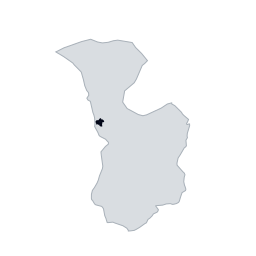 Rundāles pag., Rundales, Latvia shown in context, rotated 69°
{"feature_id": "27541924B12061124033846", "entity_name": "Rundāles pag.", "entity_type": "district", "adm_level": 2, "iso_a3": "LVA", "parent_name": "Latvia", "parent_adm1": "Rundales", "projection": "mercator", "projection_center": [24.042, 56.399], "detail": "fine", "context": "in_parent", "style": "filled", "palette": "ink", "viewbox_px": 256, "rotation_deg": 69, "n_neighbors": 0, "source": "geoboundaries", "source_scale": "gbopen_adm2", "svg_char_len": 3375}
<svg xmlns="http://www.w3.org/2000/svg" viewBox="0 0 256 256"><g transform="rotate(69 128 128)"><path d="M182.0,187.6L180.6,187.4L176.8,185.9L173.5,183.6L171.6,180.7L168.2,176.5L166.0,174.4L162.5,171.8L156.7,166.4L154.6,165.2L144.3,162.8L140.6,161.8L137.1,155.6L136.0,152.1L134.3,151.4L132.5,152.2L130.5,152.9L125.8,157.1L124.3,157.7L121.5,157.7L114.7,158.6L111.7,157.1L106.4,155.5L103.5,155.2L100.9,155.2L89.6,153.6L87.5,155.4L85.4,155.7L83.4,152.9L80.9,152.2L78.1,153.1L73.0,153.2L67.0,152.3L59.3,151.6L58.2,151.9L49.7,155.6L47.6,156.2L38.4,162.4L31.1,168.1L30.2,158.9L30.7,140.3L31.8,131.0L36.8,125.6L39.4,121.4L40.9,115.7L41.3,110.4L42.3,106.1L49.7,93.5L55.5,92.1L63.3,88.6L72.1,85.7L73.8,89.4L74.7,92.3L85.3,102.6L88.0,106.0L92.1,117.8L101.9,123.7L109.6,121.8L112.9,118.9L119.1,113.6L121.9,109.7L122.4,105.9L121.3,89.7L119.7,82.7L120.2,78.2L121.3,78.5L123.9,76.3L132.6,72.4L134.3,72.2L136.2,71.4L141.7,68.4L143.4,70.0L144.9,71.8L145.7,71.8L146.1,71.1L146.0,70.0L146.3,69.1L147.9,69.6L154.2,74.5L156.6,75.7L158.3,76.0L160.2,78.3L165.6,79.9L166.3,81.1L166.7,82.6L171.7,88.8L174.0,92.0L178.4,94.9L180.3,95.5L188.2,92.6L190.3,91.6L192.1,91.6L194.0,93.1L198.1,95.2L201.9,95.8L202.6,95.7L205.8,95.9L207.0,96.7L207.7,100.7L211.4,103.8L214.7,106.3L215.6,107.5L215.9,109.8L215.6,112.5L215.2,113.9L213.8,115.5L212.6,119.5L212.4,123.3L210.5,129.9L210.9,130.1L215.0,128.9L216.1,129.6L217.0,131.0L217.3,135.1L218.7,137.0L220.0,139.9L220.5,142.1L223.1,144.8L223.3,146.5L224.9,152.6L225.5,156.1L225.8,158.8L225.0,162.3L224.3,164.6L223.5,164.4L221.1,165.0L217.4,167.8L211.9,174.4L210.5,175.8L209.1,180.8L208.7,181.3L205.5,181.1L204.7,181.0L201.5,181.1L194.5,179.8L191.8,180.6L188.2,185.6L186.9,186.4L182.7,187.1L182.0,187.6Z" fill="#d9dde1" stroke="#a8b0b8" stroke-width="1"/><path d="M111.1,155.4L111.3,155.4L111.5,155.4L112.0,155.4L111.9,155.3L111.9,155.2L112.0,155.0L112.3,155.0L112.3,154.9L112.2,154.9L112.3,154.8L112.5,154.9L112.5,155.0L112.7,154.9L112.7,154.7L112.9,154.8L112.9,154.7L112.9,154.4L112.8,153.8L113.2,153.8L113.3,153.8L113.3,153.7L113.5,153.6L113.8,153.7L113.8,153.2L113.8,152.9L113.7,152.9L113.5,152.7L113.4,152.5L113.4,152.4L113.5,152.4L113.8,152.3L114.1,152.3L114.2,152.5L114.3,152.5L114.3,152.4L114.4,152.5L114.5,152.7L114.6,152.8L114.8,152.7L115.0,152.8L115.2,153.0L115.3,152.9L115.5,152.9L115.8,152.8L116.1,152.6L116.2,152.4L116.3,152.2L116.2,152.2L115.7,152.2L115.8,151.9L115.7,151.9L115.3,151.8L115.2,151.8L115.1,151.7L114.9,151.7L114.7,151.7L114.5,151.4L114.4,151.3L114.4,151.2L114.2,151.2L113.9,151.1L113.7,151.0L113.3,151.0L113.2,150.9L113.2,150.7L112.9,150.4L112.9,150.2L112.7,149.9L112.7,149.7L112.8,149.5L112.9,149.4L113.0,149.2L113.0,148.8L113.0,148.7L112.4,148.7L112.2,148.8L112.2,149.0L111.9,149.3L111.7,149.4L111.4,149.4L111.4,149.5L111.3,149.8L111.3,150.0L111.5,150.2L111.5,150.3L111.5,150.5L111.3,150.4L111.2,150.4L110.8,150.4L110.7,150.4L110.3,150.5L110.2,150.5L109.8,150.5L109.8,150.8L109.9,151.0L110.1,151.2L110.1,151.3L110.2,151.5L110.3,151.5L110.5,151.5L110.8,151.5L110.8,151.8L110.7,151.9L110.7,152.0L110.8,152.3L111.0,152.3L111.3,152.4L111.2,152.4L111.2,152.6L111.2,152.9L111.1,153.0L110.9,153.0L111.0,153.3L111.0,153.5L110.9,153.5L110.7,153.6L110.5,153.8L110.5,154.0L110.4,154.3L110.5,154.3L110.4,154.3L110.5,154.3L110.5,154.5L110.6,154.8L111.2,155.0L111.1,155.4L111.1,155.4Z" fill="#0f172a" stroke="#020617" stroke-width="1.5"/></g></svg>